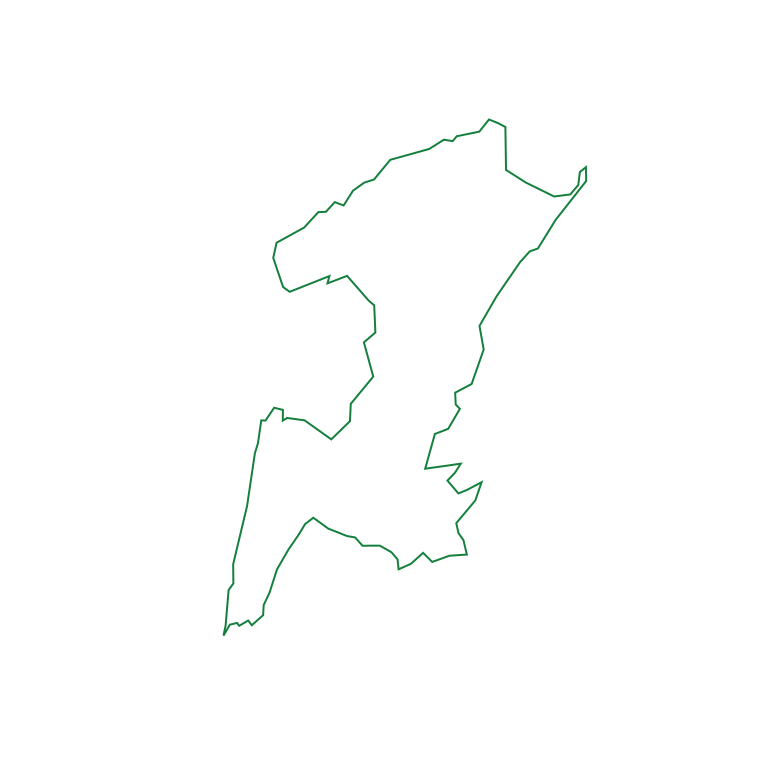 Say, Tillabéri, Niger, rotated 40°
{"feature_id": "23599985B83200163093073", "entity_name": "Say", "entity_type": "district", "adm_level": 2, "iso_a3": "NER", "parent_name": "Niger", "parent_adm1": "Tillabéri", "projection": "equal_earth", "projection_center": [2.303, 12.594], "detail": "fine", "context": "isolated", "style": "outline", "palette": "green", "viewbox_px": 768, "rotation_deg": 40, "n_neighbors": 0, "source": "geoboundaries", "source_scale": "gbopen_adm2", "svg_char_len": 1446}
<svg xmlns="http://www.w3.org/2000/svg" viewBox="0 0 768 768"><g transform="rotate(40 384 384)"><path d="M244.4,374.6L252.5,374.0L272.8,336.4L276.0,343.2L286.2,324.9L318.9,330.0L325.9,330.0L344.3,350.1L341.8,365.0L371.0,385.2L371.3,420.6L381.8,434.3L379.2,460.3L346.5,462.9L331.6,472.3L330.0,477.1L323.2,468.8L315.1,472.8L316.7,488.2L313.4,490.8L325.5,510.4L329.7,520.2L357.6,565.6L384.3,619.0L396.8,633.6L397.4,641.7L417.7,670.5L422.8,679.9L420.6,667.5L425.0,661.5L428.5,662.3L432.0,652.5L437.8,653.8L440.0,638.8L433.9,630.6L430.5,617.6L421.2,594.8L417.2,572.1L415.5,554.4L413.6,542.0L415.8,531.9L434.3,530.6L453.5,524.2L460.5,520.1L471.5,521.7L484.7,510.5L497.8,508.1L507.1,509.6L514.3,516.6L520.2,504.4L522.5,488.2L535.3,489.3L544.5,473.5L557.1,461.4L545.3,452.6L536.8,450.3L528.8,444.1L528.8,414.5L521.9,396.5L515.5,412.1L511.3,420.0L494.7,417.2L495.4,406.3L494.0,395.7L483.9,407.0L470.0,422.4L455.1,389.6L462.0,377.0L458.1,354.3L452.1,353.6L444.1,344.9L451.1,327.6L438.2,293.5L419.8,278.1L413.9,244.7L409.9,203.4L410.4,188.7L414.8,181.3L410.0,148.0L408.4,98.5L399.3,88.1L397.8,95.7L404.9,106.7L404.9,119.0L393.8,131.0L363.2,138.5L339.9,141.6L311.8,109.1L303.9,110.8L294.4,113.9L294.8,129.4L280.5,147.4L280.5,153.8L272.8,158.4L267.6,174.8L244.7,208.2L244.9,233.8L239.4,242.5L236.0,255.8L238.3,273.2L229.4,276.3L228.8,289.4L223.2,294.6L222.3,315.3L210.9,344.8L218.1,358.6L244.4,374.6Z" fill="none" stroke="#15803d" stroke-width="2"/></g></svg>